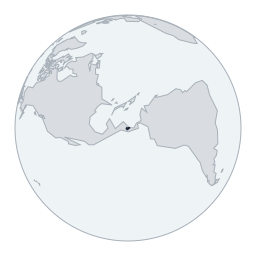 the Earth from above Rio San Juan, rotated 311°
{"feature_id": "NIC-4800", "entity_name": "Rio San Juan", "entity_type": "Department", "adm_level": 1, "iso_a3": "NIC", "parent_name": "Nicaragua", "parent_adm1": "", "projection": "orthographic", "projection_center": [-84.287, 11.292], "detail": "fine", "context": "on_globe", "style": "filled", "palette": "slate", "viewbox_px": 256, "rotation_deg": 311, "n_neighbors": 0, "source": "natural_earth", "source_scale": "10m", "svg_char_len": 8169}
<svg xmlns="http://www.w3.org/2000/svg" viewBox="0 0 256 256"><g transform="rotate(311 128 128)"><circle cx="128" cy="128" r="113" fill="#eef3f6" stroke="#a8b0b8"/><path d="M139.9,133.7L137.2,132.6L134.6,136.0L125.3,130.7L121.9,124.0L92.8,113.1L89.7,109.6L89.5,104.1L79.4,85.9L84.0,102.9L80.1,99.5L77.0,93.4L78.7,92.0L76.6,83.3L73.1,79.9L72.7,69.4L79.3,56.9L80.5,58.9L81.9,56.0L80.6,53.4L79.3,52.5L82.6,41.7L79.2,36.4L74.7,37.5L78.4,35.4L67.4,39.8L63.3,40.3L70.1,38.1L72.5,36.8L70.8,36.1L72.8,34.6L73.2,33.5L75.8,31.9L79.6,31.2L81.3,30.3L80.1,29.9L81.9,28.3L83.5,28.9L86.8,26.4L93.7,25.5L95.9,29.8L101.9,29.2L110.0,33.7L111.4,32.5L115.4,33.9L118.5,33.0L119.1,34.4L121.0,32.6L119.9,31.5L120.4,30.4L122.1,29.9L123.2,31.5L122.5,32.0L123.7,32.2L123.5,33.3L124.6,32.5L125.7,34.7L127.2,31.9L130.2,33.1L130.2,34.8L126.8,35.4L118.5,42.1L117.5,44.6L119.5,47.1L130.3,49.9L130.5,52.6L133.4,55.7L134.8,53.6L133.1,50.6L136.4,47.9L133.9,44.9L134.8,43.5L133.6,40.4L137.4,40.1L141.8,41.7L143.0,44.3L145.0,45.2L146.8,42.3L151.9,47.4L160.2,51.1L161.1,52.7L157.6,55.9L150.1,56.5L145.6,62.1L152.2,57.9L154.4,62.6L156.3,63.3L158.3,62.9L159.0,61.0L160.5,62.6L154.5,67.0L153.0,65.6L154.9,64.1L151.4,64.6L147.4,68.2L148.8,70.6L141.2,74.6L142.2,76.4L141.0,78.6L140.1,75.2L141.6,81.5L132.9,89.2L134.9,100.9L129.0,92.0L124.4,91.1L119.0,91.5L119.2,93.4L111.7,92.1L105.4,96.3L103.5,105.6L106.5,112.8L114.8,113.0L117.0,108.9L122.9,107.9L119.2,118.9L129.7,120.2L128.9,128.4L132.0,132.5L137.1,131.2L142.4,133.0L146.0,128.1L151.9,125.2L152.2,131.8L155.3,125.6L158.7,128.6L170.2,127.5L169.4,129.1L179.1,136.0L189.1,138.4L191.5,142.9L190.3,145.9L193.7,146.4L193.7,148.3L206.6,149.3L212.7,152.9L212.2,159.5L206.4,168.0L199.7,184.1L189.0,190.5L185.2,196.8L175.1,206.1L168.8,206.1L169.6,210.0L165.2,212.7L160.8,213.2L159.2,216.0L155.9,216.3L157.5,217.9L151.1,221.6L151.6,224.2L146.6,227.0L147.1,228.4L145.6,228.4L143.8,229.0L143.3,229.8L139.2,228.7L139.2,225.3L141.6,223.5L139.6,223.3L144.7,218.4L142.2,219.5L144.7,212.0L149.1,205.4L153.9,185.5L151.9,181.5L143.7,177.1L133.9,161.7L136.9,155.1L134.6,152.1L142.0,142.4L139.9,133.7ZM27.0,98.8L27.8,96.3L27.9,98.0L27.0,98.8ZM27.8,94.6L27.6,95.5L27.7,94.8L27.8,94.6ZM27.6,94.0L27.8,94.5L27.5,94.2L27.6,94.0ZM27.2,93.6L27.5,93.7L27.4,93.8L27.2,93.6ZM134.6,104.9L146.5,110.1L140.1,111.1L141.2,110.0L138.2,107.8L132.5,105.8L126.7,107.3L134.6,104.9ZM27.0,92.1L26.9,91.6L27.2,91.5L27.0,92.1ZM139.3,98.2L137.3,97.8L139.3,97.7L139.3,98.2ZM78.5,52.5L80.3,53.6L80.8,56.6L79.0,55.8L78.5,52.5ZM77.9,47.3L79.4,47.2L77.6,50.0L77.3,49.2L77.9,47.3ZM70.9,38.9L72.1,39.2L70.3,39.4L70.9,38.9ZM72.8,33.7L71.8,34.1L72.4,33.4L72.8,33.7ZM131.6,40.8L132.6,40.6L132.3,41.2L131.6,40.8ZM130.2,39.7L129.1,40.6L128.3,40.3L128.9,39.7L130.2,39.7ZM77.0,30.4L78.3,29.3L77.6,30.3L77.0,30.4ZM131.6,38.7L126.9,39.5L125.4,38.9L126.7,36.4L131.6,38.7ZM79.5,28.6L82.5,26.3L80.6,27.0L87.8,24.1L82.8,26.8L82.3,27.8L81.2,27.8L79.5,28.6ZM118.8,31.4L120.1,32.5L117.4,32.1L118.8,31.4ZM116.9,31.4L108.0,32.3L106.9,30.6L110.2,30.5L107.5,28.9L111.4,27.6L113.7,28.2L113.6,29.5L115.2,28.1L116.9,31.4ZM91.2,23.1L92.5,22.5L91.9,23.0L91.2,23.1ZM120.4,29.9L118.7,30.1L117.6,28.6L120.9,28.0L120.2,28.6L120.4,29.9ZM104.9,29.2L104.7,28.2L107.8,26.8L108.1,26.2L111.4,27.5L104.9,29.2ZM121.3,28.7L122.5,27.7L124.6,28.0L122.0,29.6L121.3,28.7ZM116.0,28.6L115.6,27.9L116.9,28.0L116.0,28.6ZM132.6,28.9L130.6,29.0L129.9,28.2L132.6,28.9ZM122.9,27.3L122.2,27.2L121.6,26.9L122.9,26.4L122.9,27.3ZM113.3,26.5L114.7,26.2L112.2,25.9L114.4,25.0L116.2,26.1L116.3,25.3L117.0,25.0L117.7,26.2L113.3,26.5ZM122.6,25.1L125.6,26.5L129.5,26.4L130.3,27.1L123.8,27.1L122.6,25.1ZM119.7,25.6L121.6,25.4L121.6,26.2L120.1,26.9L119.7,25.6ZM115.3,24.1L111.4,25.1L111.1,24.9L115.3,24.1ZM123.8,24.9L123.0,24.6L124.0,24.8L123.8,24.9ZM117.9,24.1L116.6,24.5L116.3,24.2L117.9,24.1ZM122.6,23.7L123.6,24.1L122.7,24.5L122.6,23.7ZM120.5,23.8L120.4,23.3L121.7,24.4L119.9,24.0L120.5,23.8ZM117.9,23.8L117.3,23.7L118.5,23.7L117.9,23.8ZM125.6,22.1L127.4,23.5L125.4,24.3L123.9,22.8L125.6,22.1ZM145.7,231.1L139.4,229.2L143.1,230.0L146.4,228.7L149.4,230.2L145.7,231.1ZM155.3,227.4L158.7,226.4L159.3,226.8L157.1,227.5L155.3,227.4ZM208.0,48.8L206.0,46.9L208.3,49.2L210.5,51.3L213.0,54.1L208.4,49.9L210.2,53.3L217.5,64.4L217.5,66.6L215.2,66.2L207.5,56.8L208.4,53.2L205.7,50.4L201.2,47.6L201.8,46.9L200.1,45.6L200.0,44.3L195.6,39.9L194.9,38.6L189.1,34.7L187.9,33.6L191.7,36.1L193.9,37.4L191.6,35.1L189.9,33.9L186.4,31.7L186.2,31.6L193.9,36.7L201.2,42.4L208.0,48.8ZM185.5,31.1L183.0,29.7L181.7,29.0L185.5,31.1ZM180.2,28.2L181.1,28.8L176.9,26.7L172.6,24.7L171.5,24.3L178.4,27.7L181.0,29.0L182.7,29.8L189.8,34.1L191.5,35.5L185.0,31.9L186.7,33.7L180.9,30.6L165.8,22.6L161.6,20.7L162.7,20.8L167.6,22.6L180.2,28.2ZM101.6,18.5L95.0,20.4L92.1,21.3L88.7,22.9L89.0,22.8L91.0,22.2L87.8,24.1L80.6,27.0L80.2,26.8L76.0,29.0L75.7,28.6L73.5,29.5L75.0,28.6L79.1,26.5L79.6,26.3L79.3,26.4L86.5,23.3L94.0,20.6L101.6,18.5ZM240.3,119.2L240.3,119.7L239.9,116.5L239.8,117.1L237.1,124.8L234.7,121.4L228.0,108.4L227.4,101.5L224.4,94.7L217.5,67.1L219.2,66.9L217.3,59.8L217.7,60.0L221.3,65.1L221.9,65.8L226.2,72.8L229.9,80.0L233.1,87.5L235.8,95.2L237.9,103.1L239.4,111.1L240.3,119.2ZM223.6,79.5L224.6,81.6L223.6,79.5ZM170.5,127.4L172.0,128.5L170.1,128.7L170.5,127.4ZM139.3,113.8L141.7,113.9L143.1,114.9L141.2,115.3L139.3,113.8ZM159.6,112.9L162.3,113.3L159.5,114.0L159.6,112.9ZM148.4,110.7L157.4,112.8L151.9,115.1L146.3,113.9L150.1,113.1L148.4,110.7ZM138.5,102.0L140.1,102.4L139.7,103.6L138.5,102.0ZM140.8,98.1L140.2,98.3L139.4,97.3L140.8,98.1ZM154.8,62.3L155.3,62.0L157.4,62.0L156.6,62.9L154.8,62.3ZM165.9,57.8L168.1,60.6L165.9,59.1L165.2,60.6L159.8,59.5L161.3,53.4L161.6,56.2L165.9,57.8ZM152.9,56.8L156.2,57.8L152.6,56.9L152.9,56.8ZM190.7,40.3L192.0,40.5L194.1,42.3L195.0,44.9L192.0,42.2L190.7,40.3ZM193.5,40.6L186.8,36.9L186.0,35.4L187.6,36.8L187.7,36.2L190.3,38.3L196.0,41.0L198.2,42.8L198.7,46.0L197.3,43.8L196.1,43.6L193.5,40.6ZM171.2,32.8L168.3,32.0L170.2,29.8L172.7,30.9L173.8,33.2L171.5,33.4L171.2,32.8ZM134.8,34.3L133.6,34.8L133.3,34.2L134.1,33.4L134.8,34.3ZM131.8,29.0L139.9,32.2L138.9,32.8L144.9,34.4L144.6,36.6L140.7,35.4L144.9,38.5L141.3,38.3L144.5,40.4L135.9,37.5L132.8,37.7L136.4,36.5L136.8,34.5L136.0,33.6L131.5,31.5L125.1,31.3L124.5,29.5L125.7,28.3L127.2,28.1L127.1,29.3L129.1,28.1L130.1,29.7L131.8,29.0ZM140.8,19.7L140.1,20.4L144.2,19.8L145.3,20.8L145.7,20.7L147.8,21.5L151.1,22.4L151.1,22.9L152.4,23.1L153.9,23.7L155.6,24.2L156.2,25.3L158.4,26.0L157.5,26.2L161.1,27.1L158.7,26.9L160.3,28.0L161.8,27.6L160.8,34.1L162.2,37.4L164.8,40.6L160.3,40.2L155.0,37.3L150.0,33.6L149.3,30.6L147.4,31.1L146.5,30.0L148.4,30.0L144.9,29.3L144.6,28.3L140.2,26.0L135.4,25.9L133.6,25.2L135.4,24.8L132.4,24.4L134.6,23.3L133.4,22.8L134.4,21.4L138.4,21.2L136.8,20.7L137.4,19.8L140.8,19.7ZM126.0,21.7L130.6,20.9L133.5,21.1L130.7,23.5L131.5,24.1L129.7,26.0L125.6,25.7L126.5,25.2L126.4,24.6L127.7,24.9L126.5,24.2L127.7,23.5L127.1,22.9L128.8,22.7L126.0,21.7ZM216.9,58.8L216.0,57.7L215.8,57.5L215.5,57.0L216.9,58.8ZM213.0,54.9L212.6,54.2L215.1,57.0L215.2,57.4L213.0,54.9ZM210.2,51.6L212.4,54.0L211.3,52.9L210.2,51.6ZM191.1,35.5L190.4,34.9L191.2,35.3L192.5,36.3L191.1,35.5ZM153.2,19.5L152.4,19.5L151.6,19.3L148.2,19.0L147.1,18.5L148.8,18.4L153.2,19.5ZM151.4,18.8L150.1,18.7L150.4,18.5L151.4,18.8ZM146.1,18.1L146.1,17.8L146.6,18.4L146.1,18.1ZM126.1,15.4L125.7,15.4L124.3,15.4L126.1,15.4ZM127.2,15.4L129.5,15.4L127.9,15.5L126.4,15.4L127.2,15.4ZM140.7,16.4L142.6,16.7L142.3,16.8L140.7,16.4ZM91.8,22.6L92.5,22.5L91.2,22.9L91.8,22.6ZM104.0,18.0L105.8,17.6L104.2,18.0L104.0,18.0ZM109.8,16.9L106.7,17.4L109.1,17.0L109.8,16.9Z" fill="#d9dde1" stroke="#a8b0b8" stroke-width="1"/><path d="M128.2,129.0L128.1,128.9L128.0,128.7L127.9,128.7L127.7,128.7L127.4,128.5L127.2,128.4L127.0,128.5L126.8,128.7L126.7,128.6L126.3,128.5L126.2,128.4L126.4,127.3L126.5,127.3L126.5,127.2L126.8,127.0L127.0,126.9L127.3,126.9L127.4,127.0L127.5,127.1L127.5,127.3L127.5,127.5L127.7,127.8L127.8,127.9L127.9,128.0L128.0,128.1L128.2,128.3L128.3,128.3L128.5,128.3L128.8,128.3L128.8,128.5L129.0,128.5L129.2,128.8L129.2,129.0L128.9,129.1L128.7,129.1L128.4,129.0L128.2,129.0L128.2,129.0Z" fill="#64748b" stroke="#1e293b" stroke-width="1.5"/></g></svg>